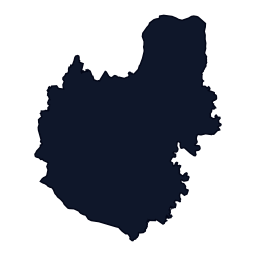 Can Loc, Ha Tinh, Vietnam (Robinson projection)
{"feature_id": "81297802B44635779635670", "entity_name": "Can Loc", "entity_type": "district", "adm_level": 2, "iso_a3": "VNM", "parent_name": "Vietnam", "parent_adm1": "Ha Tinh", "projection": "robinson", "projection_center": [105.744, 18.444], "detail": "fine", "context": "isolated", "style": "filled", "palette": "ink", "viewbox_px": 256, "rotation_deg": 0, "n_neighbors": 0, "source": "geoboundaries", "source_scale": "gbopen_adm2", "svg_char_len": 5807}
<svg xmlns="http://www.w3.org/2000/svg" viewBox="0 0 256 256"><path d="M205.4,23.5L198.2,17.2L196.8,16.6L193.7,16.1L191.5,16.5L188.6,18.2L182.1,20.4L178.5,19.5L176.2,18.2L172.0,16.5L163.7,15.4L159.7,16.1L159.3,18.6L156.3,19.0L153.9,19.8L149.6,23.1L149.3,24.4L148.3,26.0L147.0,27.4L142.9,33.2L142.4,36.5L144.2,41.5L144.1,45.0L143.7,46.9L144.3,50.1L144.2,51.7L142.6,58.4L140.3,64.7L139.4,65.9L138.4,69.4L134.5,73.6L133.6,74.2L132.6,74.2L132.1,73.6L131.5,73.8L131.6,73.2L131.0,73.2L129.9,72.2L129.0,72.5L128.5,73.5L128.9,74.0L129.2,75.8L128.4,77.0L126.8,77.4L124.3,78.5L119.0,77.2L118.3,77.5L117.3,77.0L116.8,76.3L114.9,75.6L113.6,76.2L112.1,77.7L110.1,77.4L108.7,76.3L106.2,72.0L105.3,71.5L99.5,81.0L98.3,80.7L97.2,81.2L93.8,79.8L92.8,76.3L92.0,76.2L90.1,71.2L88.1,69.9L88.0,70.8L87.7,71.1L87.5,70.2L86.3,69.9L86.4,71.3L85.4,71.4L85.0,71.9L83.7,71.9L83.5,71.0L82.8,70.9L82.6,71.3L83.0,72.0L81.6,72.9L81.2,71.5L83.1,63.7L79.4,62.3L79.6,60.7L79.0,59.9L79.0,57.1L78.6,56.0L77.5,55.6L75.7,56.2L74.9,57.6L74.2,60.6L72.5,65.2L70.8,65.2L70.7,67.0L69.1,67.2L68.6,69.0L68.7,70.9L68.2,72.7L67.5,73.3L65.9,73.7L64.9,75.9L63.1,77.6L62.9,79.2L64.4,81.4L63.0,84.8L63.6,89.2L58.4,88.5L56.6,85.9L51.7,86.2L51.4,87.4L50.3,88.2L49.7,88.0L49.9,87.2L49.7,86.8L48.7,87.4L48.4,89.2L47.3,90.5L47.6,91.0L48.4,90.6L48.8,90.9L47.8,93.4L47.9,94.3L47.6,95.1L48.0,95.7L48.6,96.0L48.9,97.2L49.4,97.8L49.3,98.9L49.8,99.7L48.8,100.1L47.8,102.6L48.2,104.2L49.5,104.6L49.3,106.4L48.0,107.7L48.1,109.2L48.4,109.2L48.9,108.5L49.1,108.9L48.6,110.4L48.1,110.8L47.5,110.3L46.9,110.8L45.3,110.5L44.5,111.1L42.7,111.1L42.3,111.5L41.4,111.1L41.1,112.9L40.5,113.4L41.1,114.0L41.0,114.8L41.8,116.5L41.2,117.6L40.5,117.9L38.6,119.7L38.8,122.6L39.0,123.0L39.2,124.6L38.3,127.3L38.5,130.0L41.2,139.8L40.6,141.6L42.2,143.6L41.6,144.9L40.5,145.1L40.3,147.2L36.7,151.1L35.9,152.9L35.1,153.9L35.0,154.6L35.4,156.3L36.2,156.9L39.3,157.8L40.7,159.4L42.6,159.2L43.5,160.4L46.8,161.9L48.3,162.9L46.9,166.6L48.1,169.8L46.9,175.5L45.9,176.7L43.7,177.7L42.3,178.8L40.4,181.4L42.8,182.8L45.0,183.6L46.9,184.8L47.9,186.0L49.9,187.1L51.4,187.4L52.4,188.1L53.5,189.7L55.1,193.6L56.6,195.2L57.6,196.8L60.6,199.2L63.2,202.0L64.3,204.3L67.9,208.0L69.1,208.4L74.0,208.7L78.9,211.0L79.8,212.3L80.9,213.3L83.4,214.5L85.8,215.1L88.4,219.1L91.3,220.5L98.9,221.6L116.1,226.7L119.1,227.4L119.3,228.1L122.2,231.1L125.4,233.5L126.0,233.8L127.4,233.5L128.7,234.7L130.2,237.0L130.0,238.9L132.1,240.6L132.9,240.6L133.7,239.4L135.6,238.9L136.3,237.8L137.2,237.2L138.2,235.5L138.7,232.6L140.3,232.8L143.2,232.5L145.2,231.1L145.4,229.9L145.1,229.3L146.3,228.2L146.4,227.4L147.1,226.7L146.7,225.9L147.2,225.1L147.1,224.4L147.3,224.0L147.2,223.0L146.6,222.6L147.3,221.7L147.4,221.1L148.0,221.1L148.1,220.6L148.4,221.2L148.7,220.3L149.0,220.4L149.2,220.1L149.6,220.5L149.9,220.1L150.5,220.4L155.2,220.5L155.2,219.8L155.7,219.5L157.4,220.1L163.0,224.0L164.2,223.3L164.5,221.7L165.2,221.7L165.7,221.1L166.6,220.7L165.6,219.9L165.9,218.4L166.8,217.6L166.2,217.0L166.8,215.6L168.4,217.1L168.1,217.8L168.2,218.1L171.0,217.5L171.0,216.7L171.7,216.2L171.2,216.0L171.2,215.4L170.6,215.6L169.6,215.0L169.8,214.4L169.3,213.7L170.0,213.2L170.3,212.1L169.9,210.8L170.3,210.0L169.3,209.8L169.9,208.5L169.9,207.8L170.4,207.5L170.8,206.6L171.5,207.7L171.6,206.9L172.6,207.2L173.0,208.0L173.6,207.5L175.2,207.4L175.1,206.8L175.8,205.8L175.5,205.0L175.9,204.2L175.1,203.9L174.8,202.9L174.1,202.3L174.6,201.9L174.6,201.3L175.5,200.4L178.1,200.7L179.7,201.6L180.2,201.5L180.3,201.0L179.7,200.1L180.5,199.1L179.7,197.6L179.5,195.3L179.8,193.9L180.4,193.0L181.5,192.8L184.4,195.2L186.9,194.0L188.1,190.5L187.9,189.9L186.6,189.7L185.5,188.7L185.3,188.1L185.5,186.3L184.3,184.4L183.6,183.7L181.3,183.1L180.8,181.0L181.0,180.2L181.8,179.7L183.4,180.9L184.3,181.0L187.1,180.5L187.9,180.1L188.9,177.2L188.6,176.6L186.6,176.0L186.6,175.3L187.1,173.7L186.8,173.1L186.3,172.9L184.8,173.8L183.2,175.8L182.7,175.9L182.0,175.6L179.6,173.8L179.3,173.0L179.5,171.3L179.1,168.7L180.4,166.7L180.5,165.8L179.4,165.4L178.1,165.8L177.3,165.7L177.0,164.9L177.5,162.8L176.8,162.4L175.8,162.9L174.6,165.6L173.5,165.9L173.0,165.4L172.4,162.9L170.7,162.0L170.3,161.2L170.5,160.3L172.3,157.2L173.2,156.9L175.0,157.1L175.6,156.4L175.5,154.3L173.4,153.6L173.2,152.7L173.8,152.0L176.4,151.9L177.4,151.0L177.9,149.0L176.6,146.0L177.1,142.1L177.5,141.6L178.2,141.5L179.7,142.1L180.4,142.8L180.2,145.8L180.9,147.9L181.6,148.2L183.6,147.6L184.5,147.8L190.3,153.0L194.1,155.6L195.2,155.7L195.9,154.7L195.2,151.9L195.4,151.0L196.1,150.6L198.7,150.1L199.7,149.2L200.0,148.3L199.7,146.8L199.1,145.9L195.4,145.3L194.8,144.9L194.9,144.3L196.7,142.8L197.1,141.9L196.4,139.9L196.2,138.3L196.5,136.6L197.3,134.8L198.2,134.4L201.0,134.8L205.6,133.7L211.6,134.5L212.2,134.1L213.8,134.2L217.4,130.5L219.7,129.9L219.6,129.4L218.3,127.7L218.1,126.8L218.5,126.3L220.5,125.6L221.0,124.7L220.7,124.0L218.9,123.1L218.4,120.8L218.5,120.1L220.0,118.3L219.8,117.4L217.4,117.2L216.6,115.6L216.1,115.1L215.5,115.6L215.1,116.3L215.8,117.7L215.6,118.2L212.9,118.8L211.8,117.8L210.2,117.0L210.4,116.1L210.1,113.7L211.4,111.7L211.8,109.1L212.6,108.7L213.9,109.0L214.8,108.1L215.6,107.8L214.3,106.0L213.2,105.8L213.5,104.0L212.5,103.6L212.2,102.5L212.3,101.3L213.0,101.1L213.6,100.2L214.5,100.3L216.2,99.1L216.5,98.3L216.3,95.9L215.6,95.0L214.2,94.6L214.2,92.7L213.8,92.4L208.5,90.5L209.7,89.2L209.8,88.3L208.7,86.8L207.1,88.0L205.0,86.3L202.1,86.4L202.1,83.2L202.5,81.7L203.4,81.0L202.3,80.1L201.8,78.8L201.8,75.6L202.1,74.2L201.5,73.9L201.5,72.9L201.6,72.4L202.2,72.2L203.2,71.2L203.2,70.3L203.9,69.5L204.9,67.3L205.6,66.6L205.9,65.7L205.6,64.8L206.6,62.4L206.3,61.6L206.4,59.0L206.1,58.6L206.5,56.7L204.6,53.6L204.6,52.4L205.6,48.6L205.4,46.4L205.7,43.2L205.0,39.3L205.1,35.0L204.2,31.4L205.2,27.0L205.4,23.5Z" fill="#0f172a" stroke="#020617" stroke-width="1.5"/></svg>